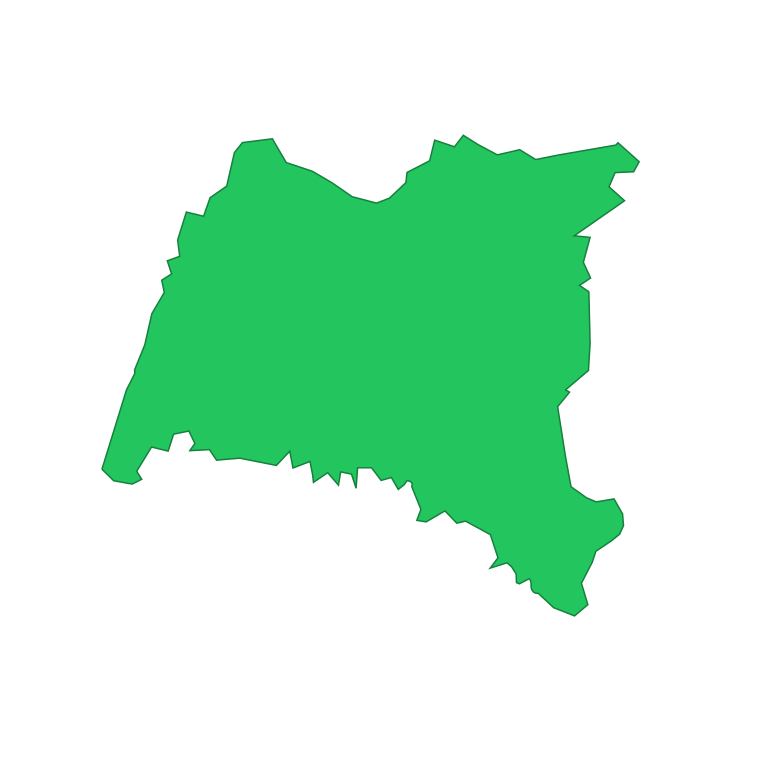 outline of Westmoreland, Pennsylvania, United States of America, rotated 169°
{"feature_id": "52423323B66944309680505", "entity_name": "Westmoreland", "entity_type": "district", "adm_level": 2, "iso_a3": "USA", "parent_name": "United States of America", "parent_adm1": "Pennsylvania", "projection": "albers", "projection_center": [-79.479, 40.36], "detail": "fine", "context": "isolated", "style": "filled", "palette": "green", "viewbox_px": 768, "rotation_deg": 169, "n_neighbors": 0, "source": "geoboundaries", "source_scale": "gbopen_adm2", "svg_char_len": 1765}
<svg xmlns="http://www.w3.org/2000/svg" viewBox="0 0 768 768"><g transform="rotate(169 384 384)"><path d="M112.9,518.0L125.5,534.6L116.8,547.4L98.4,544.7L91.1,553.5L108.3,576.2L110.7,574.3L169.4,575.5L192.3,575.4L206.1,588.1L229.0,587.3L245.9,601.0L258.7,613.0L269.5,603.4L287.7,613.7L296.6,594.4L321.0,587.3L324.1,577.5L343.2,565.4L356.8,563.0L379.5,573.9L396.3,591.1L413.6,606.4L437.7,620.0L446.8,646.0L476.9,648.0L486.7,639.7L500.6,608.3L519.1,600.1L529.1,583.1L545.2,590.5L559.1,564.7L560.2,548.3L573.2,546.3L571.5,532.6L582.4,528.3L582.2,515.8L598.4,497.4L611.4,468.0L626.1,445.5L626.6,441.9L637.9,427.4L676.9,354.6L676.8,353.7L667.8,340.6L650.3,333.8L640.0,336.7L643.4,345.5L624.2,366.5L608.7,359.3L600.1,374.9L584.5,375.1L581.0,361.7L587.3,355.6L567.9,352.9L562.9,341.2L539.7,338.7L505.2,324.6L489.3,336.0L489.4,318.9L471.4,322.1L471.4,308.5L472.0,300.9L456.2,307.7L448.0,293.4L443.3,306.0L433.1,301.7L431.3,287.0L425.9,306.8L412.2,304.1L405.2,289.9L394.6,290.8L390.1,277.8L383.6,281.2L380.0,284.5L379.5,284.6L376.9,283.4L375.6,281.8L375.4,280.7L376.3,277.8L371.7,253.9L377.8,243.9L369.0,240.6L348.4,247.8L339.1,233.5L330.1,233.8L308.3,215.8L305.3,191.6L314.9,183.0L297.4,185.0L293.7,180.4L290.5,172.2L291.9,163.8L289.2,162.0L278.9,165.1L278.3,164.7L277.7,162.8L277.6,160.6L278.1,158.2L278.4,155.4L278.0,153.3L277.1,151.5L275.8,150.1L273.4,149.2L272.6,149.2L260.1,132.0L241.2,120.0L226.0,128.5L228.2,150.8L213.5,169.4L207.9,179.4L190.4,186.8L181.3,191.7L175.9,199.3L174.6,210.9L179.8,226.4L180.1,227.3L198.2,227.8L207.1,233.8L220.0,247.5L219.7,277.2L217.9,328.6L203.4,340.6L206.9,343.6L180.7,358.3L174.0,384.3L165.3,435.4L173.3,443.5L161.0,448.6L165.1,465.4L153.7,488.6L169.0,493.2L112.9,518.0Z" fill="#22c55e" stroke="#15803d" stroke-width="1.5"/></g></svg>